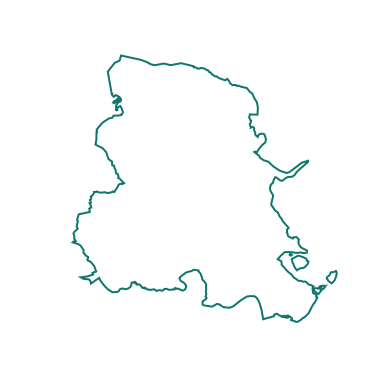 Kota Langsa, Aceh, Indonesia (Natural Earth projection), rotated 79°
{"feature_id": "22746128B69628984727954", "entity_name": "Kota Langsa", "entity_type": "district", "adm_level": 2, "iso_a3": "IDN", "parent_name": "Indonesia", "parent_adm1": "Aceh", "projection": "natural_earth1", "projection_center": [98.034, 4.485], "detail": "fine", "context": "isolated", "style": "outline", "palette": "teal", "viewbox_px": 384, "rotation_deg": 79, "n_neighbors": 0, "source": "geoboundaries", "source_scale": "gbopen_adm2", "svg_char_len": 6011}
<svg xmlns="http://www.w3.org/2000/svg" viewBox="0 0 384 384"><g transform="rotate(79 192 192)"><path d="M330.5,146.4L329.9,140.5L330.1,139.0L329.6,137.1L329.6,135.2L328.0,134.6L327.7,131.9L329.6,130.0L331.3,127.4L331.1,125.6L331.6,123.5L331.6,121.3L334.7,118.1L335.5,118.0L336.5,119.3L336.8,119.2L338.3,115.9L339.3,114.8L339.5,112.6L338.0,109.0L336.9,107.5L336.7,106.3L335.5,103.9L333.3,100.7L326.5,95.4L324.3,93.3L323.8,92.3L320.5,90.0L319.8,89.1L319.4,89.1L318.5,90.1L317.5,89.5L316.5,89.7L314.3,92.4L310.1,92.2L308.7,91.6L307.9,90.7L305.9,93.2L305.4,94.7L301.6,97.7L301.2,100.2L299.9,102.2L299.8,103.6L299.4,104.5L296.4,107.2L296.0,108.1L292.3,109.9L288.2,113.3L280.4,117.9L278.2,117.4L276.8,117.8L274.3,120.7L271.7,117.3L269.0,113.0L268.8,112.1L269.4,107.8L270.1,106.5L270.2,104.8L270.8,103.9L271.9,100.4L271.9,97.4L272.7,95.8L273.6,92.4L273.4,90.9L271.7,90.3L271.2,90.4L268.3,94.4L266.7,95.9L263.2,97.2L260.8,97.0L259.2,96.1L256.2,98.0L255.8,100.9L256.7,101.3L256.9,102.0L253.9,105.9L253.4,106.2L250.7,106.2L249.9,106.7L248.7,106.1L247.3,106.1L245.6,104.0L238.5,108.2L234.3,109.6L233.4,110.4L228.2,111.8L225.9,114.1L221.0,116.0L220.2,116.7L218.1,116.2L211.3,113.1L209.6,113.4L206.3,114.7L203.4,114.9L200.0,113.3L198.2,110.6L195.5,109.4L193.4,107.4L194.0,106.3L196.9,103.7L198.2,102.0L198.0,100.8L196.3,97.4L195.6,95.0L196.1,90.8L194.8,87.9L192.8,85.9L190.9,83.2L184.7,72.5L183.5,72.2L184.2,78.7L191.0,92.4L191.4,95.6L188.1,101.4L182.8,107.0L176.9,111.2L174.6,115.5L171.5,118.6L169.2,119.3L164.6,123.2L164.4,122.6L165.1,120.5L162.8,118.4L159.6,114.6L157.2,110.5L154.4,109.3L149.3,109.9L148.4,111.3L147.9,113.1L148.2,114.8L148.9,116.0L150.6,116.9L148.6,118.6L147.1,118.9L145.6,118.7L142.8,119.3L141.5,118.8L140.3,119.1L139.8,120.1L140.1,122.0L139.4,121.7L138.1,122.2L136.3,122.3L135.4,121.4L133.2,120.3L132.7,121.0L129.8,121.7L126.9,120.4L128.6,113.0L121.7,111.2L116.2,111.2L111.6,113.0L106.9,114.0L105.0,115.9L100.1,118.6L99.7,120.4L99.0,121.3L97.8,124.2L96.7,125.5L96.4,127.8L95.3,128.5L94.8,132.0L92.5,133.8L90.2,134.4L87.7,135.8L88.7,138.2L85.6,143.4L83.2,145.9L83.0,147.2L80.3,149.9L78.1,151.1L77.2,152.5L75.8,152.8L75.1,154.2L73.0,156.6L71.9,159.6L72.3,161.2L72.0,162.9L70.9,163.6L69.8,166.6L68.9,166.3L63.5,178.1L63.4,188.8L60.6,195.0L60.4,204.5L58.6,208.3L55.9,211.5L52.6,216.8L44.5,235.6L49.2,238.0L50.5,243.3L57.8,251.7L80.4,252.1L80.4,251.5L82.1,251.8L83.6,250.6L82.3,248.4L84.8,245.1L87.6,243.9L89.4,244.8L89.8,246.5L89.2,246.9L88.0,246.7L86.8,245.0L86.4,245.4L86.6,245.9L86.0,247.1L86.2,247.5L88.0,248.2L87.5,249.2L88.1,251.4L89.2,252.3L90.0,251.2L89.0,249.2L90.3,247.6L92.7,250.1L95.3,250.4L97.0,251.0L97.4,250.5L97.4,249.7L96.3,249.7L94.5,248.3L94.0,245.9L95.6,245.3L100.0,244.6L101.2,244.9L102.1,245.6L102.3,246.6L102.9,246.8L102.9,250.1L102.4,252.0L102.2,254.6L103.9,256.1L103.9,259.3L106.7,266.3L108.5,268.7L112.5,273.6L114.8,273.7L114.9,274.3L122.4,275.9L127.1,277.7L131.9,271.5L136.3,268.7L143.9,267.6L146.7,264.8L150.6,265.2L151.0,263.8L151.4,263.4L153.4,263.6L155.9,262.7L156.9,263.0L159.3,262.9L160.0,261.6L161.0,261.4L162.8,261.2L163.8,261.8L164.4,261.6L165.1,260.4L169.3,257.9L170.3,256.9L171.3,257.0L170.3,257.2L170.1,258.1L170.2,258.6L171.0,259.0L170.3,260.5L170.6,262.1L171.3,263.1L172.1,263.4L177.2,268.3L176.4,269.7L177.0,271.0L176.8,272.4L177.1,274.4L175.5,278.0L175.4,280.7L174.8,283.2L173.4,285.1L173.7,286.3L173.2,288.2L173.9,288.2L175.9,289.8L177.2,292.3L178.4,291.9L179.5,292.4L180.4,293.8L182.7,293.1L183.9,293.8L183.6,294.6L186.6,293.9L187.6,294.3L187.7,293.1L188.7,296.0L192.1,296.1L192.3,307.4L197.5,310.2L198.7,309.5L203.6,311.8L206.3,311.2L209.0,315.6L210.3,316.3L211.6,316.0L213.9,316.0L215.1,316.6L218.0,315.4L218.6,316.2L218.1,317.0L218.1,317.7L218.5,317.6L218.8,318.5L221.6,313.4L223.4,311.6L228.1,309.5L231.4,310.1L232.6,308.9L233.8,308.7L235.9,306.4L237.5,306.9L238.3,307.6L239.4,307.4L241.0,305.0L245.7,302.2L251.8,301.2L252.3,305.1L254.2,304.8L254.9,311.6L254.5,317.5L256.6,314.9L258.1,309.9L259.8,308.8L262.6,308.7L258.6,299.6L261.5,298.8L267.7,295.7L271.6,293.0L275.2,289.2L275.9,284.5L275.5,283.1L273.7,281.3L273.4,280.3L273.5,278.4L274.8,275.6L274.6,273.4L273.5,270.6L271.8,269.4L269.5,268.6L269.4,265.5L270.3,265.9L270.7,265.1L270.4,264.8L270.5,264.2L271.0,263.9L272.0,264.1L272.5,263.6L272.3,262.3L273.4,260.6L276.6,259.0L276.9,258.3L276.6,257.4L277.7,256.9L277.8,256.1L277.5,255.7L279.0,254.6L279.7,252.5L280.2,252.0L280.2,247.8L282.4,245.8L282.1,245.1L282.2,242.4L283.3,239.7L282.0,237.5L282.2,235.3L283.6,233.5L284.0,231.3L283.9,229.4L284.4,228.3L284.2,227.5L283.3,227.4L283.1,226.5L284.1,225.5L284.2,224.1L286.9,220.3L286.9,219.1L286.4,217.6L284.5,216.1L282.8,215.6L279.3,217.4L278.0,219.1L276.6,220.3L274.1,220.8L272.7,219.0L269.8,213.0L269.5,207.4L268.6,205.2L270.3,200.5L271.2,200.7L273.7,199.2L278.0,198.5L280.1,198.5L282.1,197.0L284.2,196.0L285.9,195.7L288.5,196.5L290.0,196.5L292.1,197.4L294.9,197.4L297.2,198.7L298.5,197.9L299.8,198.7L301.3,202.4L304.3,203.1L305.4,202.4L308.4,194.2L306.6,188.7L307.5,186.7L311.1,183.0L312.8,177.0L312.2,173.6L307.5,164.4L305.1,158.2L305.3,154.7L306.2,150.7L308.1,148.7L313.2,147.0L321.1,146.2L330.5,146.4ZM284.9,92.3L282.9,91.0L282.1,91.3L281.6,92.3L280.5,92.2L279.4,92.6L277.9,94.3L275.3,98.4L274.8,100.3L276.9,106.9L280.5,106.8L281.7,106.2L283.8,106.0L286.6,105.2L288.9,103.9L288.2,102.7L287.6,100.5L287.8,97.5L287.3,95.7L284.9,92.3ZM305.0,75.3L308.2,72.6L308.0,71.7L307.1,70.3L305.5,68.6L303.7,67.4L299.6,65.5L297.2,65.6L297.0,66.4L297.7,68.3L297.3,70.5L297.6,71.2L300.1,73.1L300.9,75.0L302.3,76.3L302.8,76.3L303.7,75.5L305.0,75.3ZM312.7,83.2L312.0,81.1L310.0,79.1L310.1,79.6L309.1,80.2L308.8,84.0L309.7,85.3L310.2,83.2L310.8,83.7L311.8,83.5L312.3,84.2L312.1,84.5L311.3,84.7L310.7,87.3L310.0,88.7L309.9,89.8L310.6,90.8L311.9,91.0L312.8,90.5L316.2,87.6L316.1,87.0L312.7,83.2ZM331.9,126.9L333.6,122.4L333.4,120.9L332.9,120.4L332.0,121.5L332.3,124.6L331.5,126.2L331.9,126.9ZM272.3,108.2L273.3,107.1L272.8,105.9L271.6,107.1L271.7,107.8L272.3,108.2Z" fill="none" stroke="#0f766e" stroke-width="2"/></g></svg>